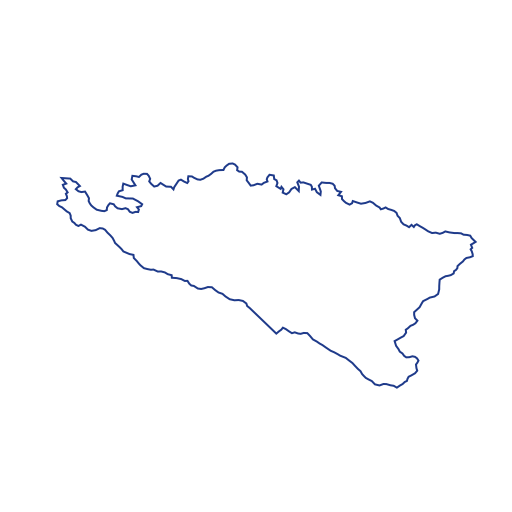 the district of Jandaia, Goiás, Brazil, rotated 106°
{"feature_id": "56859067B45662810904248", "entity_name": "Jandaia", "entity_type": "district", "adm_level": 2, "iso_a3": "BRA", "parent_name": "Brazil", "parent_adm1": "Goiás", "projection": "equal_earth", "projection_center": [-50.192, -17.128], "detail": "fine", "context": "isolated", "style": "outline", "palette": "blue", "viewbox_px": 512, "rotation_deg": 106, "n_neighbors": 0, "source": "geoboundaries", "source_scale": "gbopen_adm2", "svg_char_len": 4731}
<svg xmlns="http://www.w3.org/2000/svg" viewBox="0 0 512 512"><g transform="rotate(106 256 256)"><path d="M270.8,444.5L273.5,442.1L274.3,439.7L275.6,437.7L276.1,435.0L274.1,432.9L275.0,428.5L277.0,424.8L277.2,421.1L275.3,417.2L272.3,413.9L271.8,410.9L272.4,408.3L274.5,405.2L276.4,401.6L278.2,398.8L280.7,396.4L282.3,395.1L285.0,389.7L286.4,387.2L288.2,384.7L289.0,378.1L288.7,374.1L291.6,372.9L293.7,369.2L295.6,366.5L296.8,364.5L298.6,360.4L298.5,356.8L298.2,353.2L297.3,350.8L298.0,346.2L297.0,342.8L296.9,339.1L297.8,335.8L297.7,331.8L300.1,330.9L299.1,326.1L298.8,321.5L299.6,317.6L298.8,315.0L301.0,312.5L302.2,310.1L301.9,307.5L303.3,302.9L302.8,299.6L301.2,296.7L299.1,293.7L298.2,289.8L300.0,285.9L301.4,282.0L301.6,277.8L303.3,274.2L304.8,269.4L304.5,264.5L303.1,260.5L302.8,256.2L304.3,252.2L306.5,250.7L307.7,247.8L322.8,219.2L325.0,215.1L321.9,213.0L319.9,211.4L317.5,210.4L318.0,207.3L319.3,203.6L320.3,200.2L318.7,197.7L318.9,194.1L318.5,191.6L316.8,188.9L316.0,185.4L318.0,182.0L320.5,178.3L321.5,173.9L322.6,170.7L323.3,167.6L324.7,163.6L326.5,158.1L327.0,154.3L327.9,150.2L328.6,147.7L329.2,141.6L330.6,138.2L332.3,133.8L334.3,130.6L336.4,127.0L337.9,123.8L340.2,121.5L341.5,119.4L342.9,116.9L343.6,113.9L344.3,110.2L346.6,106.3L346.4,101.6L343.9,98.2L343.2,95.4L343.2,91.0L342.8,87.9L343.7,84.3L340.7,81.8L338.7,79.8L336.1,78.3L334.5,76.5L332.3,76.5L330.0,76.0L328.2,74.0L324.9,70.8L321.8,69.4L319.7,70.8L316.2,72.3L314.1,71.5L311.8,71.0L310.0,73.0L309.1,75.4L309.3,78.0L311.0,80.7L312.0,83.6L311.2,86.0L309.3,88.4L308.3,91.4L306.2,93.4L303.7,96.6L299.6,99.3L297.2,96.9L294.5,94.3L292.3,92.0L288.3,90.6L285.6,91.7L283.8,90.2L280.5,88.2L278.8,86.0L276.7,84.2L273.7,83.0L272.0,86.0L269.1,87.7L266.4,88.5L263.2,86.5L260.1,84.6L255.7,83.6L253.3,82.9L250.0,79.3L248.1,77.5L245.7,73.2L242.3,70.5L237.6,70.7L234.3,71.6L230.7,72.4L228.1,72.9L225.4,70.5L223.2,68.2L222.1,65.9L220.7,63.5L218.3,61.2L216.0,61.4L214.2,59.9L212.2,59.1L210.2,59.5L207.3,57.8L204.2,55.6L201.9,54.7L199.9,53.2L198.2,49.9L196.4,47.6L194.6,48.2L192.0,49.9L190.4,51.5L188.6,50.4L185.9,52.5L183.9,50.6L181.9,48.8L180.6,51.3L179.3,53.7L177.4,55.7L177.6,58.9L178.3,62.4L177.7,65.1L178.4,68.6L179.3,71.8L180.0,76.5L180.2,80.8L182.3,82.9L184.0,85.5L184.0,89.6L185.4,93.1L184.8,97.4L183.8,100.5L182.9,103.6L182.2,106.6L181.2,110.2L182.7,111.7L184.6,112.3L183.2,115.1L186.1,116.8L185.3,119.7L184.9,122.9L183.1,125.9L179.9,128.2L178.3,131.0L175.8,132.8L174.6,135.6L174.4,138.6L174.4,142.0L173.6,144.8L175.3,146.7L176.7,148.9L175.3,150.6L174.4,154.4L172.6,158.3L172.1,161.6L174.8,165.3L176.8,169.5L176.7,173.9L176.5,178.1L178.8,178.2L180.8,180.2L180.1,184.2L179.0,186.6L177.6,189.0L174.9,189.9L174.9,193.6L170.9,192.0L171.1,195.8L169.1,198.7L166.8,199.8L165.4,202.2L165.5,205.4L166.5,209.1L167.2,213.1L171.1,215.0L176.1,211.5L179.5,210.9L177.9,215.1L175.1,217.8L176.7,220.5L174.0,221.4L172.5,223.0L172.2,230.7L173.2,233.4L171.7,235.5L173.8,236.6L177.5,233.8L181.8,232.8L179.1,237.6L181.8,240.4L185.7,241.7L188.3,243.9L187.7,247.8L184.3,248.0L182.5,250.6L184.7,250.8L183.3,255.7L179.9,255.5L177.6,257.1L177.0,259.7L173.7,261.1L174.2,265.4L177.3,266.7L179.3,266.8L181.2,265.5L183.5,268.6L185.8,270.3L186.2,274.6L188.7,277.9L189.8,280.5L187.7,283.2L185.8,285.8L182.9,286.4L180.7,288.8L178.9,292.7L179.5,295.4L178.7,297.8L175.8,298.2L173.9,301.4L173.5,304.0L174.8,307.3L177.2,309.2L179.4,310.5L182.3,311.0L183.6,315.0L185.0,317.9L186.7,320.1L189.3,321.7L192.0,323.8L193.4,325.6L196.2,327.9L198.1,330.6L198.5,333.4L197.9,337.1L197.2,339.5L198.0,343.0L200.8,342.7L202.8,341.5L204.8,342.2L204.3,345.6L203.3,349.2L204.8,351.2L212.4,353.6L214.7,353.7L212.9,356.8L214.0,361.5L213.1,364.6L212.1,367.9L215.6,370.0L217.3,373.0L215.5,376.7L213.7,379.2L211.0,379.0L208.5,381.2L207.1,383.4L207.9,386.6L209.4,388.6L212.3,390.3L212.4,393.1L213.0,396.9L216.7,396.6L219.0,394.0L221.3,391.4L223.5,395.6L223.3,399.4L223.0,403.5L226.2,403.3L229.5,402.3L231.6,405.6L233.9,406.2L236.4,406.4L236.0,400.7L236.5,397.1L234.7,390.2L235.9,384.5L237.6,379.7L239.7,380.1L241.9,383.8L243.6,381.4L246.2,381.4L246.8,384.0L248.6,386.6L248.3,389.5L246.3,392.0L246.0,394.6L247.9,397.8L248.3,402.2L247.1,405.1L245.5,407.0L245.6,410.9L247.7,411.9L250.4,412.6L253.0,412.1L254.7,414.1L255.2,417.1L255.4,421.9L254.0,425.8L252.8,428.3L251.2,430.3L249.3,432.0L246.5,432.5L244.2,434.8L241.2,438.1L242.7,441.5L242.7,444.5L241.4,447.6L239.1,446.4L237.3,444.6L234.5,449.5L234.7,452.4L232.8,455.9L233.5,459.2L234.6,464.4L236.6,461.6L238.7,458.4L240.8,461.3L243.3,459.5L244.5,457.1L246.8,454.6L248.6,455.9L250.6,454.3L252.5,453.5L254.8,454.7L256.1,458.3L258.1,461.7L261.0,461.4L262.2,458.9L262.7,455.9L265.3,450.2L266.1,447.0L268.2,445.3L270.8,444.5Z" fill="none" stroke="#1e3a8a" stroke-width="2"/></g></svg>